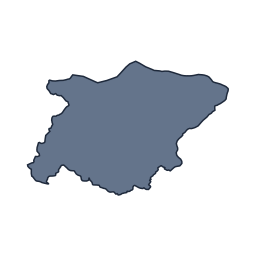 Viengkham, Louangphrabang, Laos, rotated 82°
{"feature_id": "54806243B97421577673591", "entity_name": "Viengkham", "entity_type": "district", "adm_level": 2, "iso_a3": "LAO", "parent_name": "Laos", "parent_adm1": "Louangphrabang", "projection": "natural_earth1", "projection_center": [103.07, 20.384], "detail": "fine", "context": "isolated", "style": "filled", "palette": "slate", "viewbox_px": 256, "rotation_deg": 82, "n_neighbors": 0, "source": "geoboundaries", "source_scale": "gbopen_adm2", "svg_char_len": 5167}
<svg xmlns="http://www.w3.org/2000/svg" viewBox="0 0 256 256"><g transform="rotate(82 128 128)"><path d="M192.5,147.3L192.9,147.1L193.0,146.7L193.0,146.2L192.8,144.5L192.8,144.4L192.3,143.6L192.0,142.8L192.0,141.9L191.8,140.9L191.8,139.2L191.7,138.2L191.4,138.0L190.8,137.9L190.6,137.7L190.6,137.3L190.9,136.5L191.0,135.9L190.9,135.0L190.2,134.0L190.1,133.6L190.0,132.7L189.6,132.1L189.2,131.7L188.3,131.5L187.6,131.4L187.1,131.3L186.3,130.7L185.9,130.1L185.8,129.5L186.0,129.0L188.4,125.8L189.2,124.4L189.7,122.9L189.9,122.2L190.0,121.6L189.6,121.1L189.5,120.6L189.7,120.3L190.6,119.5L191.0,119.0L191.4,118.3L191.4,117.9L191.7,116.6L191.7,116.2L190.0,114.3L189.5,113.9L189.1,113.8L188.5,114.1L188.1,114.3L187.3,115.3L187.0,115.4L186.5,115.1L186.2,114.7L184.8,113.3L184.3,113.0L184.0,113.0L183.5,113.4L183.2,113.7L182.8,113.8L182.6,113.7L182.3,112.7L182.1,112.4L181.8,112.4L181.5,112.7L181.0,112.8L180.2,112.5L179.9,112.2L178.7,109.9L178.2,109.6L177.7,109.0L177.4,108.3L176.9,107.3L176.4,106.9L175.9,106.8L175.3,106.5L175.2,106.1L174.7,105.1L173.9,104.2L173.4,103.9L172.9,103.9L172.1,104.0L171.7,104.0L171.4,103.8L171.2,103.4L170.5,101.7L170.0,100.9L170.0,100.4L170.1,100.0L170.4,99.9L171.0,99.3L171.7,98.3L172.2,97.2L172.4,97.0L172.7,97.1L173.3,97.6L173.6,97.5L173.8,97.3L174.4,96.4L175.2,95.4L175.4,94.6L175.3,94.0L175.3,93.4L175.7,93.0L176.0,92.7L176.3,92.0L175.4,90.7L173.7,88.2L172.9,86.5L172.8,84.8L172.7,82.0L171.9,81.0L170.6,79.6L169.3,79.4L168.3,79.4L166.2,80.2L164.0,82.2L161.9,83.5L159.2,83.7L157.6,82.7L156.6,81.9L154.7,81.6L152.3,82.1L150.1,82.3L147.5,81.0L145.6,78.9L143.7,75.9L142.7,74.8L141.5,74.7L141.0,73.9L140.7,73.1L140.2,72.2L138.3,70.2L137.3,68.5L137.0,67.0L137.4,65.5L137.3,64.2L136.9,61.7L135.7,58.3L134.5,56.9L132.3,54.4L130.7,52.4L128.2,48.4L125.9,45.9L125.7,45.6L125.6,44.9L124.9,43.3L123.7,42.1L122.9,40.3L122.6,39.5L122.2,39.4L121.2,39.4L119.4,39.2L118.9,39.2L118.3,38.9L118.0,37.9L117.9,36.7L117.8,36.2L117.3,35.3L116.8,33.5L116.7,33.3L116.3,32.4L114.3,28.4L112.9,26.8L111.3,26.4L108.5,25.4L106.9,24.7L105.5,23.9L104.0,23.4L102.8,23.4L101.8,24.3L100.8,25.1L100.1,26.0L99.4,27.1L98.7,28.3L97.7,29.8L97.1,30.9L95.9,33.6L95.5,34.7L95.3,35.2L95.2,35.3L94.9,35.9L94.7,36.5L94.2,37.2L93.7,37.8L92.4,38.4L90.4,39.6L88.7,40.8L87.5,42.4L86.2,45.2L85.6,47.3L85.2,49.2L84.8,50.8L84.9,52.3L85.0,54.1L85.1,55.8L85.1,58.0L84.9,60.2L84.7,61.3L84.5,62.9L84.1,64.8L83.7,66.3L83.1,68.0L82.0,70.1L81.1,72.0L79.4,75.5L77.4,80.0L76.8,83.5L76.7,86.6L75.9,88.6L75.5,90.2L74.6,94.2L73.8,95.3L69.8,102.1L65.4,107.6L63.0,111.1L64.7,117.3L67.4,121.5L72.6,127.7L75.8,131.7L78.0,142.3L79.0,151.7L78.1,153.3L70.7,165.0L67.7,175.3L69.1,176.8L70.4,177.9L71.2,179.1L71.3,181.0L71.6,182.9L71.8,185.6L71.4,189.4L71.4,193.3L70.8,196.4L70.1,198.0L69.7,198.9L70.1,199.7L72.3,200.1L73.9,201.7L75.8,202.7L77.7,202.6L80.1,201.0L83.1,199.7L83.9,198.1L84.5,197.3L83.9,194.8L85.6,193.6L86.5,191.2L86.6,189.6L87.6,188.9L88.9,187.8L91.0,186.6L92.5,185.7L93.7,183.8L95.3,183.6L96.5,183.3L97.5,183.5L98.0,184.6L98.5,185.8L99.4,186.9L101.1,188.6L103.7,190.9L104.8,192.7L105.1,194.0L105.6,194.7L105.6,196.3L106.3,197.7L106.1,198.8L105.9,200.5L106.5,201.2L107.6,202.0L108.7,202.2L109.5,202.5L110.3,202.4L111.8,202.4L113.2,202.1L114.1,202.1L115.5,203.3L116.5,203.8L117.4,204.4L117.6,206.2L118.2,206.5L119.3,206.4L120.4,205.8L123.9,210.5L127.2,211.5L130.3,212.3L131.0,213.3L131.3,215.3L131.0,216.5L130.0,217.7L130.2,218.7L132.4,219.7L134.6,220.7L136.7,221.2L138.3,221.3L139.9,220.3L141.0,219.5L143.1,219.5L143.7,221.4L143.3,223.6L146.8,225.8L148.2,225.8L149.1,226.5L149.2,228.2L150.0,230.9L150.5,232.6L152.1,232.5L153.6,231.5L154.8,230.4L155.4,229.5L157.6,229.8L159.6,230.1L162.3,230.0L162.4,229.8L162.7,229.4L163.9,228.6L165.2,227.9L166.9,226.9L167.2,226.7L167.9,225.6L168.1,224.8L168.6,223.2L169.3,221.8L170.0,220.9L170.7,219.2L172.1,215.6L172.3,214.7L172.2,214.5L171.9,214.5L171.7,214.7L170.5,216.0L170.1,216.2L169.6,216.2L169.0,215.9L168.1,215.3L167.4,214.8L166.1,214.4L165.8,214.1L165.1,213.3L164.9,212.9L164.8,212.2L164.8,211.4L165.0,210.2L165.1,208.2L165.0,206.7L164.8,206.4L164.4,206.1L162.9,205.9L162.7,205.6L162.4,204.6L161.9,203.2L161.7,202.9L161.2,202.7L159.7,202.6L159.3,202.3L158.4,201.4L157.7,200.8L157.4,200.6L157.3,200.3L157.1,200.2L156.8,200.2L156.6,200.0L156.3,199.6L156.0,199.3L155.8,199.1L155.7,198.3L155.7,197.6L155.8,196.8L156.2,196.4L157.9,195.0L159.1,194.0L160.7,192.9L161.3,192.2L162.1,191.0L162.5,189.4L162.8,187.6L163.2,187.1L164.5,186.5L166.2,185.7L167.1,184.8L167.7,184.1L168.6,182.3L169.0,181.7L169.5,181.5L170.0,181.4L172.5,181.3L173.6,180.7L174.0,180.1L174.4,178.5L174.7,176.7L174.6,175.6L174.3,174.6L173.9,174.1L172.7,173.8L172.3,173.7L172.3,173.4L172.7,173.3L174.3,173.0L174.6,172.8L175.6,171.9L176.7,171.3L177.2,171.1L178.7,171.0L179.1,170.8L179.4,170.5L179.6,169.8L180.1,167.0L180.6,164.9L180.7,164.6L181.0,164.4L181.9,164.2L182.6,163.9L183.0,163.3L183.4,162.2L183.7,161.8L184.5,160.2L184.8,159.2L185.0,158.7L185.6,158.2L188.0,156.4L188.6,155.5L189.0,154.7L189.1,153.5L189.1,151.9L189.2,151.3L189.6,150.7L190.6,150.0L191.7,149.3L191.8,149.0L191.5,147.9L191.7,147.7L192.1,147.4L192.5,147.3Z" fill="#64748b" stroke="#1e293b" stroke-width="1.5"/></g></svg>